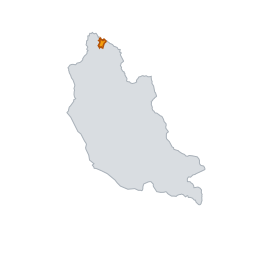 location of Nogoonnuur, Bayan-Ölgiy, Mongolia, rotated 62°
{"feature_id": "93677404B33313948817102", "entity_name": "Nogoonnuur", "entity_type": "district", "adm_level": 2, "iso_a3": "MNG", "parent_name": "Mongolia", "parent_adm1": "Bayan-Ölgiy", "projection": "orthographic", "projection_center": [90.114, 49.534], "detail": "fine", "context": "in_parent", "style": "filled", "palette": "amber", "viewbox_px": 256, "rotation_deg": 62, "n_neighbors": 0, "source": "geoboundaries", "source_scale": "gbopen_adm2", "svg_char_len": 5190}
<svg xmlns="http://www.w3.org/2000/svg" viewBox="0 0 256 256"><g transform="rotate(62 128 128)"><path d="M27.0,114.4L27.8,114.4L29.0,113.6L29.1,112.4L29.5,111.7L32.3,111.4L33.5,111.8L33.7,111.1L33.9,110.9L34.6,111.6L35.2,111.3L35.7,111.0L36.1,110.1L37.0,110.3L38.7,109.3L38.6,107.5L39.2,107.1L40.7,106.7L40.8,105.9L41.1,105.7L42.2,105.5L44.0,104.5L44.9,104.4L45.5,103.6L47.1,102.5L49.5,102.0L49.7,101.5L51.8,99.8L54.2,99.7L54.8,98.2L55.1,98.0L56.9,99.7L57.5,99.4L57.8,98.8L58.7,98.8L59.2,99.9L59.8,100.4L66.8,100.5L67.1,100.9L67.6,103.7L69.0,104.9L69.4,105.5L71.3,105.2L72.5,106.2L74.2,106.0L75.0,106.2L76.6,105.1L77.0,105.1L77.5,105.6L78.3,105.1L79.9,105.9L81.1,105.7L81.7,106.0L82.4,105.6L84.1,105.8L85.6,107.1L86.5,106.9L87.5,105.8L87.8,105.1L89.4,104.6L90.2,103.9L90.8,103.2L91.4,101.0L91.4,98.7L90.5,98.5L89.7,97.8L89.2,96.7L89.0,95.9L88.1,94.7L88.1,94.1L88.5,92.9L88.5,91.1L88.9,90.1L90.0,89.5L90.0,88.8L90.5,87.3L92.1,86.4L92.9,84.8L93.3,83.2L94.2,83.8L96.5,84.7L98.4,84.9L99.7,85.9L103.0,85.7L108.7,87.5L109.8,87.2L113.2,87.8L113.5,88.1L113.8,90.1L114.1,90.6L114.6,92.7L115.4,93.6L115.4,94.9L115.8,95.3L116.6,95.3L118.1,96.4L121.1,96.8L122.2,97.6L124.2,97.8L125.2,97.2L126.9,97.1L127.5,96.9L128.3,95.7L128.9,95.3L132.5,93.7L133.4,92.8L134.0,92.6L137.1,92.6L139.3,93.1L142.2,92.4L143.8,93.2L144.6,94.1L146.0,94.7L150.1,94.1L150.4,94.3L150.8,96.5L151.1,96.8L154.3,98.6L155.7,99.0L159.4,97.9L165.5,97.9L166.7,97.0L168.1,97.5L168.6,97.3L171.7,94.2L172.3,94.2L175.8,92.3L177.9,90.5L179.8,90.1L180.9,88.8L181.0,86.9L182.8,84.2L186.0,80.4L188.7,79.9L190.4,80.2L192.5,81.4L193.6,81.6L195.2,81.2L197.1,79.1L198.5,79.0L199.8,79.1L200.8,79.7L200.3,89.9L200.5,90.5L199.9,92.8L200.8,95.8L199.6,97.5L200.4,99.1L200.9,99.6L203.2,100.7L203.6,100.3L203.9,99.4L204.6,98.4L206.3,98.0L207.6,97.2L209.6,97.1L211.7,97.8L213.0,93.9L215.0,92.6L217.2,92.2L219.4,93.6L221.6,93.8L222.5,94.7L223.4,94.9L223.8,95.4L226.9,96.8L228.0,98.1L229.0,98.9L229.5,100.0L229.5,100.6L228.8,101.6L225.6,102.7L223.3,102.4L222.8,103.3L220.3,104.0L219.1,105.0L218.3,105.9L218.0,106.8L217.7,107.2L217.2,107.3L216.3,107.0L215.7,107.2L215.5,107.5L215.8,109.5L213.7,110.3L212.9,110.4L211.4,111.9L211.4,112.8L210.8,114.1L210.6,116.4L211.0,117.1L210.9,117.7L209.7,119.4L208.6,121.5L205.7,123.2L204.2,123.9L203.0,123.9L202.0,124.5L201.6,126.5L200.2,129.4L197.7,132.5L191.8,133.0L191.0,132.9L189.5,132.0L186.2,132.9L185.5,134.1L185.1,135.6L184.8,140.3L186.7,142.3L188.7,143.5L189.6,144.4L189.8,145.3L188.9,146.1L187.9,148.1L184.7,150.5L182.0,156.9L175.7,162.0L171.3,163.3L167.8,163.9L158.6,167.7L152.9,171.8L148.7,175.2L147.9,176.5L147.5,176.8L146.5,176.5L144.0,176.9L143.6,174.8L138.3,177.0L133.5,175.4L126.9,175.1L125.5,174.7L123.0,172.4L121.8,172.2L119.0,172.5L111.1,172.4L107.6,173.9L91.5,173.5L85.8,174.7L85.6,174.5L85.1,172.8L82.2,170.3L81.8,169.7L81.6,168.7L79.0,163.4L77.6,162.7L77.6,160.4L75.5,160.7L73.2,160.0L70.7,158.5L69.5,157.4L67.8,157.2L65.7,155.1L64.7,154.7L59.7,154.0L57.2,154.4L54.6,153.9L51.5,153.9L50.5,153.4L49.7,153.5L47.9,152.6L46.7,152.8L45.2,149.6L45.5,147.7L46.1,146.5L47.5,144.7L47.4,144.0L46.8,142.5L47.6,139.6L47.3,137.9L46.5,135.9L45.5,135.4L44.0,132.7L43.5,130.6L42.9,129.2L41.4,128.3L41.0,127.0L40.5,126.9L40.2,127.3L39.3,127.5L38.4,126.7L38.0,125.8L37.4,125.5L36.5,125.6L35.6,126.0L34.6,125.8L33.8,124.9L31.6,123.6L31.6,122.7L31.3,122.0L30.6,121.8L30.0,121.2L27.9,120.3L27.9,119.8L28.5,118.9L27.0,118.0L26.5,117.1L27.4,116.0L27.0,115.2L27.0,114.4Z" fill="#d9dde1" stroke="#a8b0b8" stroke-width="1"/><path d="M45.1,113.1L45.0,112.9L44.9,112.7L44.9,112.4L44.9,112.2L45.0,112.2L43.9,111.1L43.7,111.2L43.5,110.9L43.4,110.9L43.3,110.7L43.2,110.6L43.1,110.4L43.0,110.2L42.9,110.2L42.7,110.1L42.6,109.9L42.4,109.8L42.3,109.7L42.2,109.4L42.1,109.2L41.9,109.0L41.9,108.9L41.9,108.7L41.8,108.4L41.8,108.2L41.7,107.9L41.8,107.9L41.7,107.9L41.7,107.7L41.6,107.4L41.5,107.2L41.4,107.1L41.4,106.9L41.2,106.8L41.1,106.7L40.9,106.6L40.7,106.8L40.4,106.9L40.2,107.0L39.9,107.0L39.7,107.0L39.4,107.0L39.2,107.1L38.9,107.2L38.5,107.3L38.3,107.4L38.4,107.5L38.5,107.5L38.4,107.7L38.4,107.8L38.5,107.9L38.5,108.0L38.6,108.3L38.5,108.5L38.8,108.7L39.0,108.6L39.1,108.8L39.1,109.0L38.9,109.3L38.7,109.4L38.6,109.5L38.3,109.6L38.2,109.6L37.9,109.6L37.7,109.8L37.4,109.8L37.3,110.0L37.2,110.2L37.2,110.3L37.1,110.2L37.0,110.3L36.9,110.3L37.0,110.4L37.0,110.5L37.0,110.4L36.9,110.5L36.7,110.6L36.6,110.4L36.4,110.3L36.3,110.2L36.2,110.1L35.9,110.0L35.7,110.1L35.7,110.3L35.8,110.3L35.8,110.5L35.7,110.5L35.8,110.6L36.0,110.7L36.0,110.8L35.9,111.0L36.3,111.1L36.4,111.3L36.6,111.5L36.8,111.9L36.8,112.4L37.0,112.9L37.4,112.7L37.7,112.5L37.5,112.0L38.2,112.1L38.7,112.2L38.8,112.5L39.2,112.6L39.4,112.9L39.8,113.2L40.2,113.6L40.2,113.9L40.4,114.3L40.5,114.5L40.8,114.6L40.9,114.8L41.0,115.0L41.2,114.8L41.4,115.0L41.5,115.2L41.4,115.5L42.1,115.6L42.2,115.4L42.3,115.4L42.5,115.3L42.6,115.2L42.8,115.0L43.0,114.9L43.1,115.0L43.2,115.3L43.3,115.5L43.5,115.5L43.4,115.4L43.5,115.4L43.5,115.2L43.6,114.9L43.6,114.7L43.5,114.4L43.6,114.2L43.7,113.9L43.8,114.0L43.8,113.9L44.0,113.9L44.2,113.7L44.3,113.6L44.4,113.4L44.5,113.4L44.6,113.2L44.8,113.2L45.0,113.1L45.1,113.1Z" fill="#f59e0b" stroke="#b45309" stroke-width="1.5"/></g></svg>